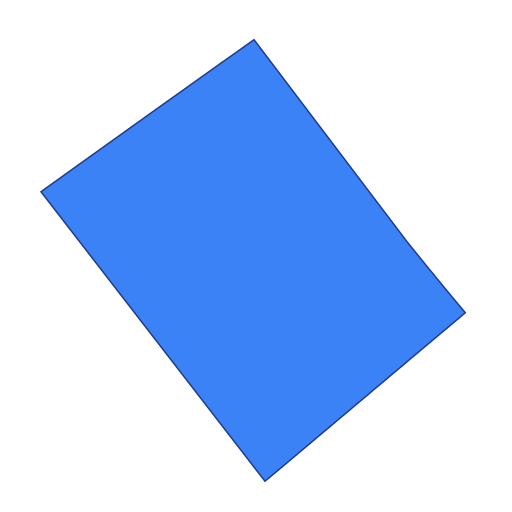 Colorado, orthographic projection, rotated 52°
{"feature_id": "USA-3522", "entity_name": "Colorado", "entity_type": "State", "adm_level": 1, "iso_a3": "USA", "parent_name": "United States of America", "parent_adm1": "", "projection": "orthographic", "projection_center": [-105.117, 39.0], "detail": "medium", "context": "isolated", "style": "filled", "palette": "blue", "viewbox_px": 512, "rotation_deg": 52, "n_neighbors": 0, "source": "natural_earth", "source_scale": "10m", "svg_char_len": 962}
<svg xmlns="http://www.w3.org/2000/svg" viewBox="0 0 512 512"><g transform="rotate(52 256 256)"><path d="M84.3,124.4L338.2,128.2L344.1,128.1L350.0,128.0L373.5,127.6L379.4,127.4L385.3,127.3L408.8,126.7L414.6,126.5L420.5,126.3L429.6,126.0L429.7,130.1L429.9,134.2L430.0,138.3L430.2,142.4L430.3,146.4L430.5,150.5L430.6,154.6L430.7,158.7L430.9,162.8L431.0,166.9L431.2,171.0L431.3,175.0L431.6,183.2L431.8,187.3L431.9,191.4L432.1,197.5L432.4,203.7L432.6,209.8L432.8,215.9L433.0,222.1L433.3,228.2L433.5,234.3L433.7,240.5L433.9,246.6L434.2,252.7L434.6,265.0L434.8,271.1L435.1,277.3L435.3,283.4L435.5,289.5L435.7,295.7L436.0,301.8L436.2,307.9L436.4,314.1L436.6,320.2L436.9,326.3L437.1,332.5L437.3,338.6L437.5,344.7L438.0,357.0L438.2,363.1L438.4,369.2L438.6,375.4L438.8,381.5L439.0,387.6L73.0,385.9L73.3,377.7L76.7,296.0L77.1,287.8L77.4,279.7L79.5,230.6L79.9,222.4L82.4,165.2L82.8,157.1L83.2,148.9L84.3,124.4Z" fill="#3b82f6" stroke="#1e3a8a" stroke-width="1.5"/></g></svg>